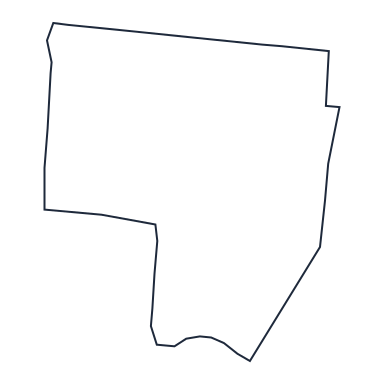 Nova Hartz, Rio Grande do Sul, Brazil (Natural Earth projection)
{"feature_id": "56859067B47796147191103", "entity_name": "Nova Hartz", "entity_type": "district", "adm_level": 2, "iso_a3": "BRA", "parent_name": "Brazil", "parent_adm1": "Rio Grande do Sul", "projection": "natural_earth1", "projection_center": [-50.904, -29.592], "detail": "fine", "context": "isolated", "style": "outline", "palette": "slate", "viewbox_px": 384, "rotation_deg": 0, "n_neighbors": 0, "source": "geoboundaries", "source_scale": "gbopen_adm2", "svg_char_len": 505}
<svg xmlns="http://www.w3.org/2000/svg" viewBox="0 0 384 384"><path d="M174.5,346.3L186.2,338.7L199.9,336.4L211.2,337.5L224.0,343.1L237.5,353.8L249.9,361.0L320.0,247.0L325.0,200.6L328.2,163.7L339.5,107.1L325.9,105.9L328.8,51.1L281.8,46.2L262.2,44.6L196.5,37.9L121.5,30.2L68.2,24.9L53.3,23.0L47.0,40.4L51.6,62.3L50.6,73.2L47.6,128.6L44.5,167.9L44.5,209.6L101.4,214.7L155.4,224.5L157.3,241.0L154.5,273.7L152.4,308.3L150.9,326.1L156.8,344.7L174.5,346.3Z" fill="none" stroke="#1e293b" stroke-width="2"/></svg>